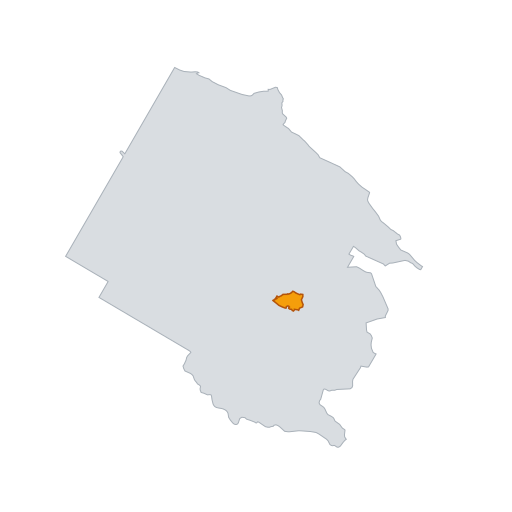 location of Al Khiwai, North Kordufan, Sudan, rotated 300°
{"feature_id": "16777658B22793638103757", "entity_name": "Al Khiwai", "entity_type": "district", "adm_level": 2, "iso_a3": "SDN", "parent_name": "Sudan", "parent_adm1": "North Kordufan", "projection": "equal_earth", "projection_center": [29.102, 13.339], "detail": "fine", "context": "in_parent", "style": "filled", "palette": "amber", "viewbox_px": 512, "rotation_deg": 300, "n_neighbors": 0, "source": "geoboundaries", "source_scale": "gbopen_adm2", "svg_char_len": 5212}
<svg xmlns="http://www.w3.org/2000/svg" viewBox="0 0 512 512"><g transform="rotate(300 256 256)"><path d="M330.1,405.5L326.5,405.5L326.1,404.4L326.2,401.3L326.6,399.0L327.8,395.3L327.5,393.3L327.7,390.5L326.7,387.2L318.2,377.8L316.6,375.3L312.0,372.9L312.8,370.3L310.8,351.1L311.7,348.9L312.0,345.5L312.0,342.6L313.0,337.7L313.1,335.6L304.1,335.5L304.0,337.6L304.5,339.9L304.5,340.9L292.0,340.9L297.0,348.5L297.2,351.7L297.0,355.8L297.0,358.5L297.3,360.2L298.7,363.6L298.6,364.2L298.3,365.0L289.5,375.0L288.0,379.7L286.8,382.1L284.2,386.2L276.2,396.9L274.8,397.6L268.7,398.0L268.1,398.3L267.6,398.8L267.3,398.7L262.0,392.4L253.1,384.8L247.2,388.7L245.6,390.2L245.6,393.8L244.7,395.7L243.1,397.7L238.8,399.0L236.5,400.1L233.8,402.1L231.1,405.6L231.0,407.4L231.2,409.0L216.2,408.9L215.2,407.6L213.1,401.9L211.5,402.3L197.8,401.6L195.9,402.2L191.9,404.6L190.0,404.9L188.0,403.9L180.8,392.7L179.2,391.4L177.6,388.7L176.1,387.5L175.6,386.7L175.4,385.5L175.4,383.0L174.9,381.5L173.8,381.2L164.1,383.7L162.7,383.4L160.7,383.9L160.0,384.4L159.2,385.8L159.0,388.9L158.8,390.4L158.0,392.1L155.3,395.9L154.6,397.6L154.8,401.7L154.6,403.8L154.1,404.8L152.9,406.4L152.5,407.3L152.0,412.7L150.5,415.9L150.1,417.1L150.0,419.4L149.8,420.1L145.4,422.0L143.7,423.2L142.7,425.0L142.5,425.8L140.6,425.1L138.2,424.6L133.6,424.1L131.8,423.2L131.0,421.9L131.2,418.7L130.8,418.0L130.1,417.4L129.6,416.0L129.7,414.3L132.1,410.6L132.6,408.6L133.3,399.2L133.2,396.3L131.3,391.1L126.9,382.0L125.9,380.2L120.4,372.7L119.8,371.6L118.5,368.5L120.0,361.6L120.1,359.7L119.8,357.7L118.4,356.2L117.2,356.1L115.6,354.2L114.5,353.4L113.6,351.8L112.9,349.5L113.5,341.4L113.2,340.3L111.8,340.0L111.4,339.4L111.5,337.8L110.8,333.2L110.0,329.4L110.5,327.3L109.3,324.4L107.1,323.2L102.7,324.1L101.4,324.0L100.4,323.4L99.8,322.4L99.5,321.1L99.8,319.3L101.1,315.8L102.6,313.0L105.8,310.4L106.7,309.0L107.2,307.5L107.3,305.8L107.1,303.9L106.7,302.3L105.8,300.0L105.0,297.4L105.0,295.7L105.4,294.4L106.3,292.9L109.4,289.9L112.6,287.4L113.2,286.5L113.0,285.5L111.5,283.4L111.1,279.5L110.4,276.7L112.0,274.7L113.2,273.9L115.1,273.3L115.8,272.4L116.0,270.8L116.0,269.2L116.7,268.0L117.6,265.5L118.3,264.3L120.8,261.4L121.4,259.5L121.5,257.6L120.9,252.0L122.4,249.7L124.2,247.8L126.8,247.9L130.8,247.5L133.5,246.7L135.4,246.7L139.9,247.8L140.3,247.3L140.6,245.8L141.6,140.7L159.8,140.7L160.0,140.5L160.5,91.3L274.7,91.4L275.7,91.2L277.5,86.6L278.2,86.2L279.4,86.5L279.8,87.6L278.9,91.3L378.6,91.3L378.9,96.9L379.8,101.4L382.8,107.8L385.2,111.3L386.1,113.2L386.2,114.1L386.1,114.9L385.4,114.0L384.1,113.3L384.0,116.3L384.7,122.5L385.8,126.8L385.1,130.8L385.4,137.6L386.8,145.8L386.6,151.0L388.9,163.1L391.1,169.9L392.2,171.6L393.5,172.4L395.9,173.0L399.5,176.5L402.4,180.1L403.5,182.0L404.9,184.1L405.8,183.7L406.4,183.2L407.3,184.9L411.9,188.5L412.5,190.2L411.0,191.8L409.2,194.7L408.3,197.4L407.8,198.2L406.4,199.9L406.1,200.7L405.5,201.2L404.8,201.2L403.3,202.1L401.9,201.8L400.5,202.4L400.0,203.0L398.9,203.5L397.4,203.8L395.1,206.1L393.1,207.2L392.4,208.1L391.4,212.6L390.7,213.7L387.7,213.9L386.2,214.3L384.2,213.8L383.2,213.8L383.0,214.8L382.7,218.6L382.7,220.3L381.1,224.7L381.7,232.9L380.1,239.1L379.9,240.5L378.3,245.4L377.5,247.2L375.5,256.3L374.7,259.2L373.0,262.1L375.1,284.1L373.6,290.9L373.7,294.6L372.7,300.0L371.9,302.6L370.6,305.6L369.5,309.0L368.6,313.5L368.0,322.0L367.7,322.7L362.3,323.8L360.6,324.4L359.5,325.3L358.1,327.5L355.4,333.5L354.0,337.2L351.8,342.2L349.2,345.8L348.6,347.5L348.2,350.7L347.3,355.8L346.4,359.4L346.6,362.3L345.8,367.4L345.9,369.9L345.0,371.3L343.8,372.6L342.9,372.9L339.2,369.5L336.5,371.8L334.9,375.1L333.6,378.4L334.4,385.4L334.4,387.0L334.0,388.7L331.5,395.6L330.8,398.7L330.1,404.2L330.1,405.5Z" fill="#d9dde1" stroke="#a8b0b8" stroke-width="1"/><path d="M246.1,315.8L246.0,315.5L245.9,315.1L245.6,314.5L245.4,314.1L245.2,313.6L244.8,313.6L244.6,313.5L244.4,313.3L244.4,313.2L244.3,312.7L244.3,312.4L244.2,311.9L244.2,311.7L244.1,311.1L244.1,310.9L244.0,310.0L243.9,309.4L244.0,309.4L244.0,309.2L244.0,307.6L244.1,307.3L244.1,306.9L243.9,305.5L242.7,305.2L242.0,305.0L241.9,304.8L241.7,304.8L241.4,304.8L241.0,304.6L240.8,304.4L240.3,304.1L240.2,304.0L239.9,303.7L239.6,303.5L239.5,303.4L239.3,303.3L239.2,303.2L239.1,302.9L239.2,302.7L239.1,302.4L238.9,302.3L238.8,302.2L238.7,302.1L238.3,302.0L238.3,301.9L238.2,301.7L238.0,301.4L237.7,300.9L237.5,300.6L237.3,300.3L237.2,300.2L237.1,299.9L236.6,299.1L236.2,298.5L235.6,298.5L235.4,298.3L234.7,297.9L234.0,297.7L233.4,297.1L233.2,297.0L231.8,296.2L231.8,295.6L231.8,295.0L231.8,294.3L231.8,294.2L231.3,294.2L230.5,294.2L230.2,294.8L229.8,295.4L229.5,295.3L229.4,295.2L229.2,294.5L229.2,294.4L228.8,294.6L228.6,294.2L228.2,294.2L228.0,293.9L227.8,294.1L227.7,294.1L227.4,294.1L226.7,293.2L226.4,293.1L226.1,292.9L225.9,292.9L225.4,296.5L225.1,298.3L224.7,300.5L225.0,304.2L225.5,307.4L226.0,308.1L226.6,307.9L227.3,307.6L228.5,308.3L228.9,309.3L228.5,310.5L227.5,310.2L227.0,310.5L226.9,312.0L227.6,313.5L226.9,314.7L227.1,316.0L227.9,316.1L228.9,316.3L229.1,316.1L230.3,319.2L230.3,320.1L232.6,319.8L233.5,320.5L235.2,321.8L237.5,321.1L239.0,319.1L240.8,317.2L244.2,316.9L246.1,315.8L246.1,315.8Z" fill="#f59e0b" stroke="#b45309" stroke-width="1.5"/></g></svg>